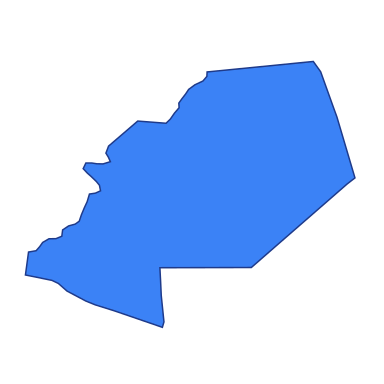 São José do Sabugi, Paraíba, Brazil, rotated 93°
{"feature_id": "56859067B5219059609042", "entity_name": "São José do Sabugi", "entity_type": "district", "adm_level": 2, "iso_a3": "BRA", "parent_name": "Brazil", "parent_adm1": "Paraíba", "projection": "natural_earth1", "projection_center": [-36.818, -6.823], "detail": "fine", "context": "isolated", "style": "filled", "palette": "blue", "viewbox_px": 384, "rotation_deg": 93, "n_neighbors": 0, "source": "geoboundaries", "source_scale": "gbopen_adm2", "svg_char_len": 922}
<svg xmlns="http://www.w3.org/2000/svg" viewBox="0 0 384 384"><g transform="rotate(93 192 192)"><path d="M328.7,214.5L323.2,213.2L296.9,217.3L282.6,218.7L269.3,220.1L264.3,128.8L239.3,103.0L175.8,37.4L169.4,30.0L109.5,51.2L99.6,55.4L65.2,69.8L55.3,77.7L71.3,183.2L75.8,183.2L80.6,186.9L84.7,194.6L89.7,200.7L94.3,203.4L99.5,207.0L103.9,209.8L108.5,209.3L114.1,213.6L120.4,217.5L124.7,221.5L124.0,249.9L150.5,277.7L157.7,280.0L161.5,277.4L166.0,275.1L168.6,282.3L168.8,288.5L168.3,293.6L168.6,299.5L174.4,301.9L178.8,297.3L181.7,293.6L186.5,288.1L190.1,284.8L195.6,283.4L198.2,288.4L199.4,294.3L207.2,296.2L213.4,298.7L220.4,301.2L227.1,303.1L230.2,307.0L232.3,313.4L236.6,319.2L243.0,319.7L245.7,325.4L246.2,332.4L250.2,338.5L254.5,341.2L258.8,344.6L260.5,352.1L283.6,354.0L287.6,327.2L290.3,320.7L297.5,311.6L306.5,292.2L309.8,282.6L314.7,263.5L328.7,214.5Z" fill="#3b82f6" stroke="#1e3a8a" stroke-width="1.5"/></g></svg>